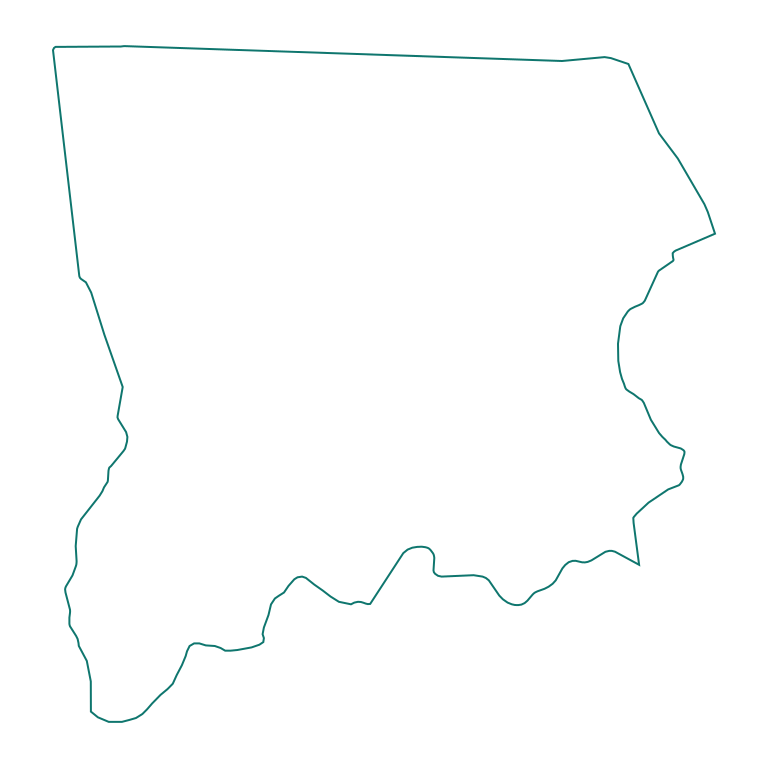 an SVG outline of North Kordufan
{"feature_id": "SDN-883", "entity_name": "North Kordufan", "entity_type": "State", "adm_level": 1, "iso_a3": "SDN", "parent_name": "Sudan", "parent_adm1": "", "projection": "mercator", "projection_center": [29.791, 14.01], "detail": "fine", "context": "isolated", "style": "outline", "palette": "teal", "viewbox_px": 768, "rotation_deg": 0, "n_neighbors": 0, "source": "natural_earth", "source_scale": "10m", "svg_char_len": 3081}
<svg xmlns="http://www.w3.org/2000/svg" viewBox="0 0 768 768"><path d="M403.3,553.1L370.2,603.9L367.9,604.1L365.8,603.6L363.3,602.7L360.9,602.0L358.0,601.8L354.3,602.6L351.0,604.3L338.9,601.8L330.5,596.5L322.7,590.5L314.3,584.6L305.9,577.9L302.1,576.6L297.5,577.3L294.3,579.3L288.5,585.9L284.0,592.5L278.8,595.8L274.9,598.5L271.0,604.4L268.5,615.0L263.9,627.5L262.6,634.2L263.9,638.1L263.3,642.1L259.4,644.7L251.6,647.4L237.4,650.0L230.3,650.7L225.2,650.7L220.6,648.0L214.8,646.0L205.8,645.4L199.3,643.4L194.1,643.4L189.6,646.0L187.0,651.3L185.7,656.0L181.9,665.2L176.7,675.1L172.8,683.7L167.6,689.0L160.5,694.9L152.1,703.5L147.0,709.4L142.4,714.0L136.0,718.0L129.5,719.9L121.8,721.9L108.8,721.9L97.9,717.3L90.9,711.6L90.8,681.4L86.8,660.9L78.8,645.9L78.5,643.0L77.6,638.9L76.1,635.9L70.0,626.3L69.6,625.0L69.4,623.9L69.4,617.6L70.0,612.9L70.1,611.2L70.0,609.7L65.5,592.5L65.1,589.4L65.3,588.1L65.9,586.5L72.5,575.4L75.9,566.1L76.3,564.7L76.5,563.1L76.6,561.2L75.7,546.1L77.1,528.8L77.7,526.9L81.0,519.4L99.6,495.7L102.4,491.2L104.0,487.4L107.6,481.9L107.9,480.4L108.5,470.7L108.9,468.8L109.3,467.6L111.1,466.0L123.5,451.0L125.0,448.8L125.4,447.6L127.0,441.6L127.4,436.9L126.1,432.1L118.2,419.3L117.9,418.5L117.5,417.4L117.6,416.0L122.7,387.0L104.4,334.8L91.2,292.6L85.9,282.3L81.1,279.0L79.9,277.7L79.3,276.1L53.0,50.1L54.0,48.0L55.5,46.9L120.9,46.5L124.2,46.1L562.0,61.0L604.6,57.1L610.9,58.1L628.4,64.0L659.0,133.4L677.8,158.5L704.4,204.2L707.8,212.0L715.0,233.7L675.6,250.6L674.0,251.7L672.7,253.2L672.8,255.7L673.1,257.8L673.5,259.6L673.4,260.3L672.9,261.0L659.0,270.6L658.3,271.3L657.9,271.9L644.8,300.7L643.6,302.2L642.8,303.1L641.7,303.8L638.8,305.2L635.1,306.7L630.5,309.0L629.5,309.8L627.8,311.5L623.2,318.3L620.4,325.9L620.2,326.9L618.0,343.7L618.3,360.9L620.1,372.1L622.0,378.9L624.0,383.8L624.8,386.4L625.3,387.7L625.8,388.7L626.2,389.2L626.6,389.6L629.2,391.5L633.5,394.1L638.8,398.2L641.6,399.8L642.0,400.2L642.4,400.7L643.8,402.8L650.9,419.8L659.1,433.1L662.3,436.8L665.7,440.1L666.8,441.5L669.9,444.5L670.9,445.2L673.8,446.5L680.6,448.4L681.2,448.7L683.2,450.0L683.7,450.4L684.1,451.0L684.4,451.4L684.5,452.3L684.3,454.1L680.9,464.6L680.6,466.7L680.6,468.2L680.9,469.6L682.5,474.1L683.2,476.8L683.2,477.6L683.2,478.4L683.1,479.2L682.6,480.3L681.9,481.7L680.4,483.7L679.6,484.7L678.8,485.3L668.2,489.4L648.6,502.6L636.7,513.6L633.9,516.9L633.3,517.9L633.6,522.9L639.1,564.8L615.0,551.7L611.9,550.9L609.1,550.9L605.4,551.8L591.4,560.4L587.7,561.9L584.9,562.4L582.1,562.3L575.6,560.8L572.5,560.9L568.7,562.2L565.2,565.0L562.4,568.4L555.7,580.4L552.6,583.8L548.6,586.7L544.5,588.8L537.5,591.3L535.2,592.4L533.8,593.4L532.5,594.7L527.4,600.7L524.6,603.1L521.4,604.6L518.1,605.1L514.9,605.0L511.8,604.3L507.6,602.6L502.9,599.3L499.3,595.6L488.8,580.3L485.9,578.0L482.6,576.6L473.6,575.2L441.6,576.6L438.0,575.8L435.1,573.8L433.9,572.2L433.5,570.4L434.3,557.9L434.0,555.9L433.6,554.4L432.8,553.0L430.6,550.1L429.3,548.8L428.4,548.2L427.2,547.7L425.4,547.2L421.7,546.7L417.2,546.9L412.3,547.7L407.6,549.6L403.3,553.1Z" fill="none" stroke="#0f766e" stroke-width="2"/></svg>